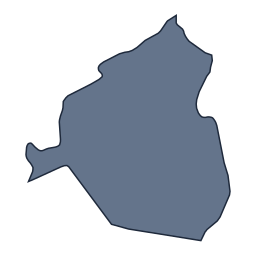 the Department of Cordillera, rotated 90°
{"feature_id": "PRY-604", "entity_name": "Cordillera", "entity_type": "Department", "adm_level": 1, "iso_a3": "PRY", "parent_name": "Paraguay", "parent_adm1": "", "projection": "robinson", "projection_center": [-57.018, -25.289], "detail": "fine", "context": "isolated", "style": "filled", "palette": "slate", "viewbox_px": 256, "rotation_deg": 90, "n_neighbors": 0, "source": "natural_earth", "source_scale": "10m", "svg_char_len": 1447}
<svg xmlns="http://www.w3.org/2000/svg" viewBox="0 0 256 256"><g transform="rotate(90 128 128)"><path d="M240.6,55.1L229.0,127.5L224.3,144.5L166.7,187.3L165.5,189.1L165.7,191.7L166.9,195.2L180.4,224.7L180.6,225.4L181.5,227.5L171.7,223.4L169.9,223.1L167.5,223.0L164.9,224.4L162.7,225.9L161.0,227.4L159.5,228.4L157.9,229.3L156.1,229.8L154.5,230.0L147.3,229.4L145.4,228.8L143.7,227.7L143.1,225.9L143.2,224.9L144.1,223.8L147.0,221.1L149.8,217.8L150.5,216.4L150.8,215.1L150.7,213.9L150.4,212.8L149.0,209.6L148.3,207.5L147.1,200.6L146.3,198.3L144.9,196.4L141.9,195.6L139.4,195.5L122.0,196.7L120.0,196.5L115.9,195.5L110.5,193.6L107.7,193.0L101.4,192.7L97.8,190.1L95.7,187.9L84.2,165.2L79.4,156.9L76.7,153.8L75.3,153.7L74.2,154.0L73.0,154.9L71.4,156.5L70.5,157.2L69.0,157.6L67.4,157.6L65.8,156.9L64.3,155.6L61.9,152.3L53.8,136.5L52.3,131.3L51.7,127.2L50.4,123.7L47.5,119.0L40.4,110.8L33.2,97.7L30.9,95.4L21.5,89.0L20.7,88.2L15.4,79.8L23.0,79.8L24.8,78.7L29.1,73.5L31.1,72.4L33.4,71.9L36.2,70.6L39.0,68.8L41.4,66.8L52.8,50.8L55.1,44.3L60.6,43.7L67.0,45.4L72.0,46.1L76.3,49.3L91.6,56.8L99.6,59.3L104.0,59.8L108.3,59.4L113.0,57.6L115.6,55.7L116.9,54.1L117.3,52.7L117.4,51.5L117.4,50.5L117.0,48.7L116.9,47.7L117.0,46.3L117.3,44.7L117.7,43.7L118.5,42.8L120.6,41.3L122.4,40.3L125.6,39.2L162.7,31.9L175.5,28.0L191.3,26.0L195.0,26.5L216.9,35.9L220.9,38.7L229.6,49.1L230.8,49.9L231.9,50.9L240.6,55.1Z" fill="#64748b" stroke="#1e293b" stroke-width="1.5"/></g></svg>